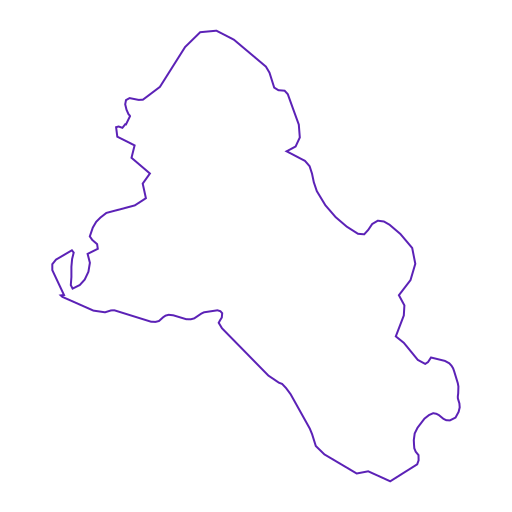 the border of Monaghan
{"feature_id": "IRL-3412", "entity_name": "Monaghan", "entity_type": "Administrative County", "adm_level": 1, "iso_a3": "IRL", "parent_name": "Ireland", "parent_adm1": "", "projection": "orthographic", "projection_center": [-6.93, 54.159], "detail": "fine", "context": "isolated", "style": "outline", "palette": "violet", "viewbox_px": 512, "rotation_deg": 0, "n_neighbors": 0, "source": "natural_earth", "source_scale": "10m", "svg_char_len": 2018}
<svg xmlns="http://www.w3.org/2000/svg" viewBox="0 0 512 512"><path d="M216.4,30.7L233.9,39.7L265.9,66.6L269.5,72.7L274.2,87.6L278.4,90.2L284.6,90.7L287.8,94.2L292.8,108.1L298.8,124.6L299.8,137.5L295.6,146.5L286.6,151.3L305.0,160.9L309.6,166.2L312.0,173.6L313.8,182.2L316.8,191.1L325.4,205.3L335.6,217.1L346.7,226.6L358.0,233.8L364.2,234.3L368.3,229.8L372.2,224.0L377.8,220.7L383.9,221.5L389.5,224.7L400.4,234.0L408.0,243.0L412.2,248.0L415.3,263.8L410.5,280.1L398.9,295.2L404.4,305.4L403.8,315.5L395.8,336.4L403.8,342.8L417.8,359.9L425.2,363.9L428.0,362.1L431.0,357.5L444.9,360.9L449.3,363.3L451.5,365.7L453.1,368.3L454.1,371.1L457.8,383.2L458.4,386.5L458.2,393.3L457.9,395.7L457.8,397.0L457.9,398.5L459.4,403.5L459.7,407.4L458.6,411.9L455.5,417.6L449.9,420.4L446.2,420.2L443.4,418.8L438.9,415.1L436.4,413.8L433.2,413.2L429.1,415.0L424.5,418.6L417.6,427.6L414.7,433.4L413.8,440.1L414.0,444.4L414.3,448.3L415.7,451.7L418.5,455.1L418.6,460.3L417.2,464.3L390.2,481.3L368.2,471.3L356.7,473.5L324.4,454.4L315.8,446.0L312.1,434.2L309.8,428.6L290.6,394.2L286.0,388.0L282.1,383.9L278.9,382.7L268.4,375.6L222.0,328.3L218.7,322.8L220.1,320.2L221.8,317.5L222.2,313.2L220.4,311.2L217.4,310.3L204.0,312.3L201.3,313.6L194.2,318.4L190.7,319.3L186.2,319.2L173.3,315.3L168.7,314.8L165.6,315.6L163.2,317.2L159.0,321.0L155.5,321.9L151.0,321.7L114.4,310.3L111.1,310.4L105.0,312.3L93.4,310.6L62.4,296.9L60.8,295.4L64.0,295.0L52.3,270.1L52.3,264.2L56.0,259.6L71.9,250.3L73.7,252.6L72.1,259.0L71.4,266.8L71.4,277.1L70.8,285.1L72.6,288.6L79.8,285.0L84.7,279.6L88.4,271.8L89.9,262.8L87.6,253.9L97.8,248.8L97.1,244.1L92.3,240.0L89.8,236.4L92.8,227.6L96.2,221.8L100.5,217.5L106.4,212.9L134.8,205.4L145.9,198.2L142.7,183.6L149.9,173.5L131.5,157.8L134.6,145.4L117.3,136.7L116.1,127.2L118.6,126.5L122.4,127.8L125.3,124.2L126.0,124.4L130.0,116.2L129.8,115.6L128.5,114.2L126.5,109.7L125.2,104.3L126.0,100.1L127.6,99.2L129.6,98.1L138.6,99.9L142.9,99.7L159.9,86.9L185.1,47.0L200.2,32.2L216.4,30.7Z" fill="none" stroke="#5b21b6" stroke-width="2"/></svg>